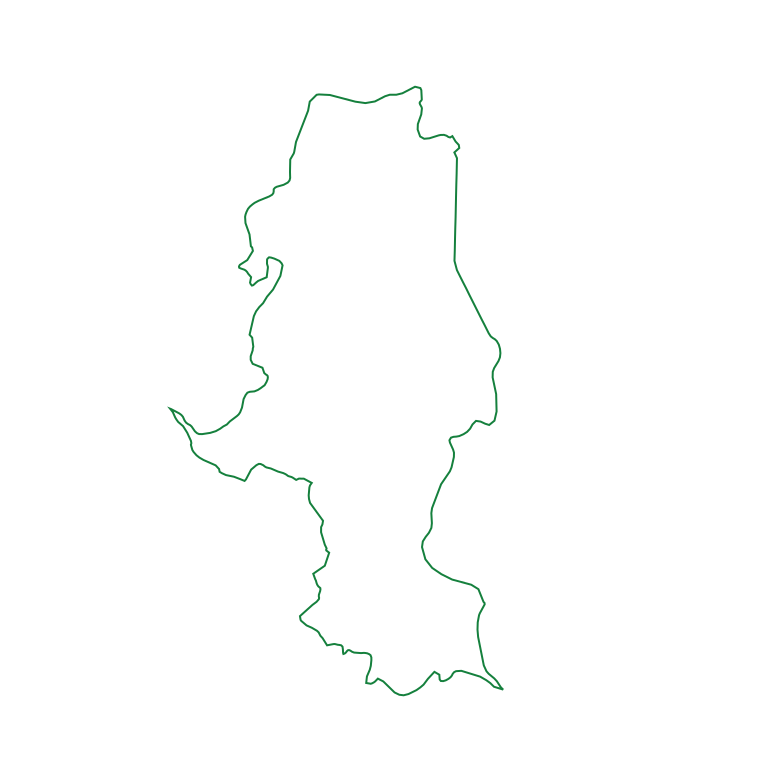 an SVG outline of Norte de Santander, rotated 16°
{"feature_id": "COL-1421", "entity_name": "Norte de Santander", "entity_type": "Department", "adm_level": 1, "iso_a3": "COL", "parent_name": "Colombia", "parent_adm1": "", "projection": "orthographic", "projection_center": [-72.935, 8.085], "detail": "fine", "context": "isolated", "style": "outline", "palette": "green", "viewbox_px": 768, "rotation_deg": 16, "n_neighbors": 0, "source": "natural_earth", "source_scale": "10m", "svg_char_len": 4804}
<svg xmlns="http://www.w3.org/2000/svg" viewBox="0 0 768 768"><g transform="rotate(16 384 384)"><path d="M337.4,89.5L338.9,91.3L341.9,100.1L341.8,101.0L340.8,103.2L340.8,104.1L341.6,105.3L343.9,107.6L344.5,108.7L345.5,114.6L344.9,124.8L346.2,130.1L350.5,136.1L355.0,137.2L359.9,135.3L368.1,129.9L370.0,128.9L373.0,128.0L375.7,128.1L377.8,128.8L379.6,128.8L381.4,126.9L386.0,131.2L390.0,133.6L391.3,136.4L387.8,142.0L391.9,146.8L393.1,151.4L395.9,162.0L398.6,172.6L401.4,183.3L404.2,193.9L407.0,204.5L409.7,215.1L412.5,225.8L415.3,236.4L417.8,246.2L422.7,254.4L427.1,259.2L431.8,264.3L436.6,269.4L441.3,274.6L446.0,279.7L450.8,284.9L455.5,290.0L460.2,295.1L465.0,300.2L470.7,306.4L473.5,308.8L475.9,309.8L478.2,310.4L480.5,311.6L483.5,314.5L485.8,318.2L487.4,322.3L488.1,326.4L487.7,330.4L485.5,338.3L485.2,342.3L486.6,347.7L494.6,362.8L499.8,379.4L500.3,388.8L496.4,394.4L492.2,394.3L487.2,393.5L482.6,394.1L480.2,398.5L479.1,403.2L477.1,407.1L474.3,410.3L470.7,413.3L468.1,414.6L465.4,415.6L463.2,417.1L462.4,420.0L463.5,422.1L468.5,428.0L470.2,430.7L471.3,434.9L471.9,445.5L471.4,449.8L466.5,464.6L464.4,490.1L465.1,495.1L468.4,504.6L469.2,509.3L468.2,514.6L466.2,519.5L464.7,524.6L465.5,530.3L472.1,541.1L481.0,547.5L485.5,549.0L491.6,551.0L503.4,553.2L523.2,552.9L531.3,555.2L539.7,566.0L541.0,566.8L541.5,568.1L539.3,578.0L539.1,580.1L539.8,587.3L541.6,594.4L544.2,601.2L557.5,627.0L561.7,631.9L564.5,633.7L571.1,636.6L574.4,638.6L580.0,643.4L582.8,644.9L573.2,644.7L568.6,642.2L563.9,640.5L557.1,638.8L537.4,638.4L532.4,640.2L530.8,641.7L529.9,643.8L529.6,645.6L528.8,647.5L527.3,649.6L525.1,651.8L522.8,653.3L520.5,653.8L519.0,652.7L517.3,648.2L511.8,646.8L507.5,655.3L504.9,662.1L502.5,665.7L499.6,669.3L493.0,675.3L488.7,677.8L484.4,678.5L479.2,677.6L465.3,670.1L459.3,668.9L457.5,672.3L456.7,673.4L455.2,674.9L453.9,675.8L449.3,676.3L448.2,669.8L449.1,662.6L449.0,658.6L448.0,653.0L447.2,650.3L445.8,648.4L444.3,647.8L442.2,647.5L440.3,647.7L438.8,648.0L436.1,649.0L429.3,650.4L427.1,650.2L425.3,649.6L424.0,649.4L422.9,649.7L422.2,650.6L421.3,652.8L420.5,653.9L419.4,654.7L418.8,653.8L417.6,650.3L416.5,647.9L414.9,647.0L413.2,647.1L411.5,647.4L408.4,647.5L407.2,647.9L405.4,648.8L401.3,650.9L395.0,645.2L392.2,643.5L389.7,640.8L387.6,639.7L381.8,638.2L376.1,637.4L369.7,634.5L368.8,633.7L367.2,630.3L376.1,616.1L379.2,612.0L380.7,608.8L380.6,607.5L379.9,606.2L379.5,604.5L379.7,600.7L379.5,598.9L379.0,597.7L376.6,596.6L375.2,595.4L374.3,594.3L372.7,591.7L371.6,590.5L368.3,585.9L377.2,575.0L377.8,561.3L374.4,559.9L374.1,559.4L374.1,557.8L371.4,554.8L364.4,543.9L363.0,538.9L363.5,536.0L363.1,532.3L345.7,518.7L343.6,515.2L342.3,511.8L340.8,504.0L340.8,502.4L341.0,501.3L341.8,499.0L333.0,497.1L328.3,498.4L326.0,500.4L322.2,499.2L320.7,498.9L317.7,498.9L316.6,498.7L315.8,498.3L314.2,497.8L311.7,497.4L306.3,497.4L298.5,496.4L294.0,496.6L292.6,496.3L291.3,495.8L290.5,495.4L287.5,494.9L285.7,495.3L283.7,497.2L279.9,502.9L277.6,513.8L276.7,515.6L272.3,515.1L265.3,514.5L257.2,515.1L252.7,514.4L250.2,513.7L248.9,511.2L244.6,508.6L231.5,506.8L226.8,505.6L223.4,504.2L219.8,501.9L218.0,500.3L215.5,496.3L215.1,495.5L215.2,494.5L214.9,493.5L214.1,491.9L208.3,485.1L202.5,479.9L196.6,477.2L194.2,475.3L192.5,473.7L188.8,469.3L185.2,466.7L186.3,466.8L195.3,468.7L197.7,469.6L199.7,470.9L202.4,474.1L204.4,475.7L206.5,476.5L209.0,477.0L210.8,477.9L215.3,481.6L217.8,482.8L220.0,483.1L223.0,482.3L230.4,478.9L235.3,475.7L238.8,472.2L241.3,469.0L244.1,466.3L246.1,462.5L251.5,455.3L252.7,453.3L253.5,450.9L254.0,445.8L253.2,437.2L254.0,432.8L255.1,430.0L257.1,428.5L261.5,426.8L264.4,424.5L266.5,422.1L269.6,418.0L270.5,414.4L270.8,411.4L270.5,409.5L269.9,408.3L269.0,407.7L268.1,407.5L265.9,406.5L262.7,401.9L252.2,400.8L249.2,397.5L248.2,394.0L248.5,387.9L248.1,385.9L248.1,384.2L244.5,375.8L241.2,373.7L240.2,354.6L241.0,349.4L242.9,344.4L245.5,339.6L247.5,332.3L251.3,323.8L254.6,308.7L253.8,297.9L252.3,296.2L249.5,294.5L244.1,293.7L240.6,293.6L238.6,293.9L237.5,295.6L237.3,296.6L238.4,300.7L240.1,303.4L240.4,304.6L241.8,313.7L234.7,319.5L233.3,321.4L231.1,325.0L229.9,325.8L228.4,324.8L227.3,323.5L226.8,317.9L223.0,315.4L221.6,314.1L219.9,313.1L218.3,312.6L214.2,312.4L212.7,312.1L212.2,310.9L212.6,309.2L218.4,302.6L221.3,292.2L219.6,289.1L218.1,288.3L213.5,277.3L206.5,267.5L204.4,261.6L204.2,259.2L204.4,256.5L205.0,253.1L206.2,250.4L208.0,247.7L209.7,245.5L213.1,242.3L221.9,235.4L224.3,232.9L225.0,231.1L224.9,229.4L224.3,227.2L225.1,225.4L226.5,224.0L232.6,220.2L236.0,216.9L237.1,214.4L237.0,211.8L235.2,206.1L232.0,194.0L233.7,187.2L233.7,185.4L232.7,175.6L235.7,142.2L234.8,133.0L239.5,124.6L241.6,123.6L252.3,121.1L278.7,120.5L288.7,119.1L297.4,114.9L305.7,107.1L309.9,104.3L316.0,102.6L321.5,99.5L331.9,89.7L337.4,89.5Z" fill="none" stroke="#15803d" stroke-width="2"/></g></svg>